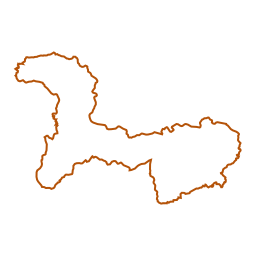 outline of Sintang, Kalimantan Barat, Indonesia
{"feature_id": "22746128B74245273608062", "entity_name": "Sintang", "entity_type": "district", "adm_level": 2, "iso_a3": "IDN", "parent_name": "Indonesia", "parent_adm1": "Kalimantan Barat", "projection": "albers", "projection_center": [111.256, 0.194], "detail": "fine", "context": "isolated", "style": "outline", "palette": "amber", "viewbox_px": 256, "rotation_deg": 0, "n_neighbors": 0, "source": "geoboundaries", "source_scale": "gbopen_adm2", "svg_char_len": 5746}
<svg xmlns="http://www.w3.org/2000/svg" viewBox="0 0 256 256"><path d="M225.8,179.9L225.1,178.9L225.5,177.5L222.8,175.2L222.3,174.1L221.0,173.5L220.9,173.0L222.6,172.1L223.2,169.3L225.1,167.8L226.6,167.2L227.0,165.9L227.7,165.0L228.5,164.6L230.7,164.4L231.8,163.6L233.1,163.2L235.0,160.8L236.1,160.0L236.0,158.6L236.2,158.4L236.8,158.2L237.7,158.3L238.3,157.8L238.9,156.3L237.2,155.8L236.9,155.0L237.3,154.7L238.3,154.6L238.9,154.2L239.1,152.4L240.5,150.7L240.6,150.1L240.2,149.2L238.9,148.9L238.6,148.4L238.7,147.6L239.6,146.6L239.5,145.4L240.5,143.1L238.7,141.3L238.0,140.1L238.4,137.2L238.1,135.9L238.9,134.5L238.9,133.9L237.8,132.7L236.3,131.7L232.9,130.4L230.8,129.1L227.9,125.6L226.3,124.6L226.2,123.9L217.5,122.2L216.2,122.5L214.8,123.8L213.7,123.7L212.7,123.3L211.9,122.5L212.1,120.8L211.8,120.2L210.2,119.6L208.7,117.6L208.1,117.5L206.3,118.2L204.3,118.3L203.4,119.1L202.1,119.6L200.0,122.6L200.0,123.4L200.7,125.3L200.4,126.9L199.7,127.5L196.4,126.9L191.3,126.6L187.9,124.6L185.8,124.0L184.6,124.3L182.5,125.9L181.5,126.1L180.4,125.8L178.1,124.3L176.5,124.0L172.0,126.7L171.8,127.6L173.2,129.1L173.6,129.9L172.9,130.7L171.1,131.9L170.0,131.5L167.3,127.4L166.7,127.2L165.0,128.2L164.5,129.2L162.8,128.9L162.5,129.2L161.4,131.5L161.6,132.3L162.3,133.5L162.1,134.3L154.5,132.2L152.4,133.5L148.1,134.5L146.0,134.6L142.4,133.6L141.5,133.6L139.3,135.2L137.0,135.1L134.7,136.6L133.2,136.8L131.4,137.7L130.4,137.4L129.2,137.6L128.4,136.8L127.8,134.7L126.5,133.7L126.8,131.3L126.3,130.0L123.1,128.7L119.6,126.5L118.3,126.4L115.7,128.6L111.2,129.2L108.4,129.3L107.0,128.7L106.1,126.4L104.9,125.1L97.6,124.1L93.3,122.6L91.4,121.4L90.4,119.7L89.6,117.2L89.4,115.2L90.1,113.9L92.3,112.4L93.2,109.8L94.2,108.2L94.5,106.8L95.8,104.5L95.8,102.2L94.4,98.7L94.2,97.5L94.7,96.7L96.1,96.2L96.8,95.5L96.7,94.4L96.3,93.9L95.6,93.4L93.3,92.8L92.7,92.3L92.3,91.5L93.1,90.1L94.8,88.0L94.8,85.3L95.5,83.8L95.6,83.0L97.1,82.1L97.4,81.0L96.7,79.5L95.6,78.3L91.5,75.7L91.0,74.1L90.3,72.9L88.1,71.6L88.0,69.7L87.2,67.6L87.4,66.8L86.9,66.2L85.4,65.6L83.6,66.7L82.1,66.9L80.1,65.9L79.5,65.1L79.0,63.7L78.1,63.2L77.8,62.0L77.7,59.5L76.9,58.0L75.9,57.5L75.5,56.8L73.4,56.7L72.8,57.8L71.7,58.7L69.1,59.2L67.8,58.6L66.7,58.5L64.0,56.5L61.4,56.2L59.4,55.2L58.5,55.1L57.3,54.1L55.5,54.5L54.9,53.1L53.8,52.5L50.8,54.3L49.5,54.7L48.1,54.7L47.2,55.3L45.9,55.5L43.7,55.4L43.2,55.7L40.9,55.5L37.7,56.4L37.1,56.8L34.4,57.0L33.8,57.4L31.6,57.3L28.9,57.6L27.3,57.2L26.3,57.3L25.7,58.6L25.0,59.1L24.9,61.2L24.5,61.7L23.8,61.9L23.1,62.7L22.6,62.7L22.3,63.7L22.5,63.9L21.3,63.7L20.0,63.9L19.3,63.7L18.7,64.5L18.1,64.0L17.8,65.0L18.5,66.3L18.3,66.8L18.8,67.1L18.7,67.8L17.8,68.3L17.2,67.7L15.4,68.9L18.0,71.0L17.7,72.4L16.5,72.9L16.2,74.7L16.0,75.0L16.2,75.8L15.7,75.9L16.4,76.9L16.7,78.4L18.4,80.8L20.0,81.3L23.0,80.2L25.2,82.2L26.1,82.6L29.0,81.7L31.6,81.5L33.8,80.6L35.7,81.3L39.3,81.8L42.7,82.8L43.1,83.8L44.3,84.7L44.6,86.2L47.4,88.5L51.3,93.3L53.6,94.6L56.0,94.1L57.0,94.6L59.0,99.0L59.2,100.1L58.9,101.4L57.1,105.0L56.7,107.0L56.0,108.3L56.8,111.3L56.8,112.7L56.1,113.6L53.6,113.5L52.8,113.7L52.5,114.2L52.9,115.6L53.3,116.0L53.1,116.3L53.4,116.4L53.4,116.7L53.8,116.5L53.6,117.1L54.1,117.0L53.8,118.5L54.2,118.6L54.2,118.9L55.1,119.3L55.2,119.6L56.1,119.5L55.8,120.0L56.1,120.9L55.7,121.4L56.2,121.7L56.0,121.9L56.4,122.3L56.1,122.4L56.4,123.2L56.2,123.6L56.8,123.2L56.9,124.1L56.9,123.4L57.3,123.7L57.0,124.5L57.2,124.8L56.7,124.8L56.4,125.6L56.8,126.2L56.3,126.5L56.2,127.2L56.5,129.9L57.3,131.8L57.4,133.3L55.2,133.7L54.3,134.2L53.8,135.2L53.1,138.3L52.3,139.2L51.2,138.4L49.3,137.8L47.7,135.8L46.7,135.8L44.6,137.2L45.2,138.1L45.5,140.7L46.8,144.3L46.5,150.4L45.6,152.9L45.7,154.0L45.0,154.7L43.6,155.0L42.5,155.8L42.3,156.2L42.4,158.5L42.2,159.8L41.6,160.0L41.4,161.0L42.0,164.0L41.6,165.9L40.1,168.2L37.3,170.4L36.6,172.2L36.5,176.8L37.1,179.7L38.1,181.5L41.5,185.6L41.9,186.9L44.2,187.1L45.9,188.0L49.4,187.9L50.8,188.4L51.3,188.9L53.6,188.1L54.5,187.2L55.3,185.1L56.7,183.6L57.4,183.3L57.7,182.5L59.0,182.3L59.9,181.7L60.2,181.1L59.6,180.4L61.1,179.3L62.1,177.6L64.1,177.0L64.4,176.1L65.3,175.1L66.0,174.6L68.6,174.8L72.0,174.1L72.4,173.5L72.8,170.0L73.4,168.7L73.4,165.8L74.8,163.9L76.8,163.2L79.6,163.1L81.0,163.5L82.4,163.3L85.6,160.2L86.1,160.5L86.8,161.8L88.9,161.2L92.0,156.6L92.5,156.3L93.4,157.6L93.9,157.6L94.6,157.0L95.6,156.8L96.9,157.4L99.7,159.6L101.8,159.5L103.8,160.7L105.0,161.0L106.4,162.1L106.8,163.5L107.6,164.6L110.0,164.3L112.0,161.7L114.0,161.0L115.6,161.2L117.7,163.7L118.5,163.7L120.7,162.6L121.3,162.7L123.6,165.2L128.7,167.3L129.4,167.9L129.8,169.0L129.6,170.3L131.3,170.0L134.9,168.6L137.7,165.9L139.3,164.9L141.4,164.0L144.8,163.6L149.3,160.4L151.0,159.8L150.1,164.0L150.0,169.4L150.3,170.3L150.1,172.9L149.8,173.6L150.3,174.0L150.1,174.6L150.5,175.9L153.1,177.3L153.9,178.4L154.3,180.0L153.6,181.8L153.6,182.9L155.1,185.0L155.3,185.7L154.9,189.2L155.1,189.9L157.0,191.5L157.3,192.1L156.9,194.2L157.6,196.4L157.0,198.0L156.9,199.1L157.5,199.9L157.7,201.3L158.0,201.3L158.8,202.5L160.9,203.5L162.0,203.5L163.1,203.1L164.0,203.4L164.5,203.2L166.8,203.3L166.9,202.6L167.7,202.0L168.8,202.7L170.3,201.7L173.2,201.6L173.5,200.1L176.9,200.0L177.4,199.0L178.3,198.5L178.4,197.4L180.8,197.9L180.5,194.1L181.8,192.8L184.2,192.9L184.8,193.1L185.4,193.9L189.5,193.2L190.2,191.9L196.4,188.5L198.0,188.6L200.3,187.6L201.5,187.6L203.1,185.7L204.1,186.4L204.7,186.3L205.4,184.6L205.9,184.8L207.3,186.6L208.4,187.4L210.4,186.2L211.4,186.6L211.9,185.5L212.1,185.6L212.2,186.5L212.6,186.7L213.3,185.7L212.9,184.6L214.3,183.0L216.0,182.3L216.4,182.5L216.5,184.1L219.0,184.1L220.3,185.3L221.2,187.2L222.0,187.2L222.5,186.5L222.8,184.6L223.6,184.0L224.2,182.4L224.5,182.1L225.3,182.3L225.7,181.7L225.8,179.9Z" fill="none" stroke="#b45309" stroke-width="2"/></svg>